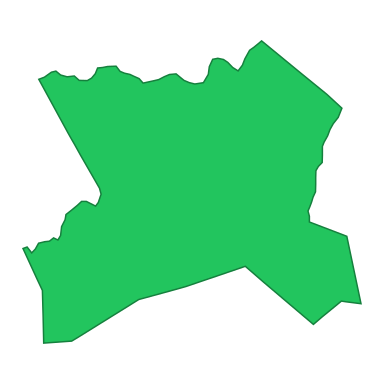 outline of Passira, Pernambuco, Brazil
{"feature_id": "56859067B94485167726813", "entity_name": "Passira", "entity_type": "district", "adm_level": 2, "iso_a3": "BRA", "parent_name": "Brazil", "parent_adm1": "Pernambuco", "projection": "robinson", "projection_center": [-35.56, -8.013], "detail": "fine", "context": "isolated", "style": "filled", "palette": "green", "viewbox_px": 384, "rotation_deg": 0, "n_neighbors": 0, "source": "geoboundaries", "source_scale": "gbopen_adm2", "svg_char_len": 1340}
<svg xmlns="http://www.w3.org/2000/svg" viewBox="0 0 384 384"><path d="M71.7,341.1L78.5,337.0L138.8,299.5L176.8,289.1L186.0,286.5L245.3,266.3L264.0,282.5L313.4,324.4L322.0,317.0L341.4,301.1L346.1,301.8L361.0,303.7L346.8,236.3L309.4,222.0L309.4,216.3L308.0,211.0L309.8,206.8L311.6,202.0L313.0,197.3L315.5,191.8L315.7,184.4L315.7,177.6L315.9,170.7L318.4,166.4L322.2,162.5L322.4,155.4L322.4,146.4L324.1,142.1L327.6,135.9L330.0,129.5L333.3,123.6L338.2,117.4L341.9,108.2L326.8,94.3L300.3,72.7L261.6,40.9L254.0,47.2L249.6,50.3L244.9,58.8L242.4,65.2L238.1,70.9L232.7,67.5L227.8,62.4L223.5,59.5L217.8,58.3L212.7,59.3L209.3,66.7L208.3,74.4L203.4,82.7L194.8,84.0L189.2,82.6L184.0,80.4L176.1,73.9L169.5,74.5L164.3,76.7L158.7,79.6L153.6,80.8L143.1,83.1L139.1,78.6L133.9,76.3L129.9,74.4L124.5,73.2L120.1,71.4L116.1,66.2L107.7,66.5L102.6,67.5L97.6,68.0L95.3,73.7L91.6,78.1L87.3,80.6L79.2,80.4L74.3,76.0L67.1,76.8L60.6,75.0L55.9,71.1L51.4,72.2L44.4,77.2L38.8,79.3L68.1,133.1L71.7,139.5L74.6,144.5L80.3,154.8L99.5,188.2L101.1,194.2L98.3,202.5L95.6,206.1L86.3,201.4L81.6,201.4L77.2,205.5L70.6,210.9L66.0,214.5L65.1,219.7L61.6,226.6L60.6,235.5L57.9,240.0L53.6,237.9L49.4,241.2L44.8,241.7L38.6,243.2L35.3,249.1L31.7,252.9L27.1,247.0L23.0,248.5L37.4,279.8L42.4,290.4L43.1,315.5L43.7,343.1L71.7,341.1Z" fill="#22c55e" stroke="#15803d" stroke-width="1.5"/></svg>